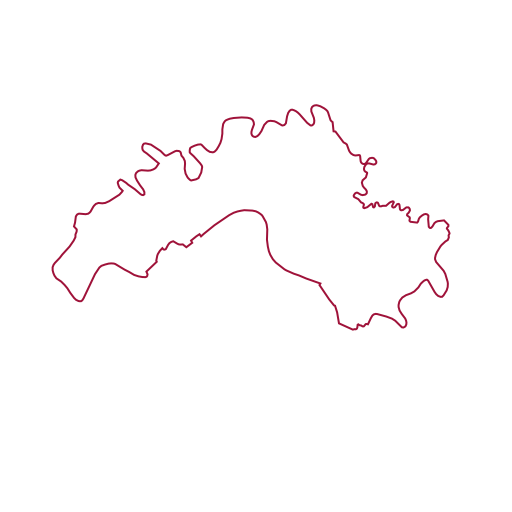 Kim Thanh, Hải Dương, Vietnam, rotated 316°
{"feature_id": "81297802B3696641207460", "entity_name": "Kim Thanh", "entity_type": "district", "adm_level": 2, "iso_a3": "VNM", "parent_name": "Vietnam", "parent_adm1": "Hải Dương", "projection": "albers", "projection_center": [106.496, 20.927], "detail": "fine", "context": "isolated", "style": "outline", "palette": "rose", "viewbox_px": 512, "rotation_deg": 316, "n_neighbors": 0, "source": "geoboundaries", "source_scale": "gbopen_adm2", "svg_char_len": 6148}
<svg xmlns="http://www.w3.org/2000/svg" viewBox="0 0 512 512"><g transform="rotate(316 256 256)"><path d="M404.1,212.9L403.9,211.5L404.0,210.0L407.6,202.7L408.0,201.3L408.0,199.6L407.6,197.1L406.3,193.0L405.1,190.8L404.3,189.6L402.9,188.5L401.6,187.9L399.7,187.8L397.9,188.6L396.2,190.5L393.6,196.8L392.1,199.0L390.4,200.5L389.4,201.0L387.5,201.1L386.6,200.7L385.9,199.9L385.3,195.7L385.8,184.3L385.7,181.8L385.3,179.5L384.6,177.6L383.7,175.9L382.8,175.2L381.1,174.9L378.6,175.4L375.4,177.1L369.7,181.3L367.4,181.5L365.8,180.6L365.4,180.0L363.7,173.9L362.8,171.8L360.3,168.8L358.6,167.6L357.1,167.2L353.0,167.4L346.7,169.9L342.8,170.7L340.4,170.7L338.3,170.0L337.4,168.9L336.9,167.4L337.1,166.1L337.7,164.8L338.9,163.6L340.6,162.5L346.0,159.9L347.3,158.1L348.0,156.2L348.0,154.8L347.5,153.1L346.0,150.7L342.0,146.4L335.9,141.3L332.6,139.1L330.6,138.2L328.7,137.5L327.4,137.4L325.8,137.7L324.0,138.3L319.8,141.5L316.8,144.6L312.4,148.0L308.9,149.9L305.4,151.1L301.6,152.1L299.4,152.2L298.4,152.1L297.0,151.5L295.1,149.0L294.3,145.8L294.1,142.6L294.1,138.4L293.8,137.3L291.6,135.5L288.5,134.0L285.1,132.8L283.5,132.7L281.9,133.8L280.4,135.3L280.2,136.3L280.5,141.0L280.2,150.5L279.8,153.3L279.1,154.6L274.6,157.9L268.8,160.0L266.1,159.2L261.8,156.6L261.4,155.4L261.3,152.8L261.5,151.5L262.6,147.8L265.2,143.8L269.1,140.3L270.8,138.2L271.9,135.0L272.1,132.0L273.7,129.3L273.9,128.4L273.5,127.0L272.0,125.2L270.5,124.4L262.6,122.1L261.0,121.4L260.6,120.6L260.4,119.3L260.3,114.1L257.8,102.9L254.9,98.4L253.5,97.4L252.1,97.4L250.0,98.5L248.8,99.9L248.2,100.9L248.1,101.8L248.0,103.0L248.7,106.4L250.4,121.9L245.6,122.9L243.9,122.8L242.1,122.3L239.5,121.1L237.5,119.5L233.3,114.8L231.6,113.7L230.1,113.1L227.6,113.0L226.7,113.3L225.5,113.9L223.9,115.8L222.8,119.1L221.7,124.6L221.1,129.7L220.1,132.5L218.5,134.1L217.1,133.8L216.4,132.9L215.9,131.4L215.2,123.7L213.6,115.9L213.4,113.2L212.4,108.6L211.5,106.8L208.5,106.6L207.4,107.3L207.0,108.0L206.0,110.0L205.3,112.0L205.4,116.5L204.0,116.8L200.3,117.0L188.5,114.6L184.4,113.1L182.0,111.3L179.5,108.4L177.0,107.3L174.5,107.3L172.9,107.6L167.9,109.1L166.3,109.2L164.7,109.0L162.5,107.6L158.6,103.1L157.6,102.3L156.0,101.9L153.9,102.4L149.0,106.3L145.6,108.3L145.5,112.3L145.0,112.9L143.8,113.9L141.1,115.1L139.2,117.0L135.5,118.3L128.5,119.7L117.6,120.4L113.7,121.0L106.5,121.3L104.3,121.7L101.9,122.8L99.8,125.0L98.4,127.5L97.4,130.1L96.9,133.4L98.1,139.0L98.2,143.9L97.9,148.1L96.8,153.5L96.0,159.8L96.1,162.5L97.0,165.0L97.6,165.9L98.8,167.0L100.2,167.2L102.4,166.7L127.6,157.2L135.3,155.5L138.0,155.7L141.5,157.3L144.7,159.1L146.8,160.8L148.5,162.7L149.2,164.0L152.0,174.5L153.7,179.5L155.2,185.0L157.4,189.1L159.8,192.4L161.9,194.5L162.9,194.9L163.8,194.8L164.9,194.1L165.3,193.8L166.3,191.1L180.6,191.2L181.0,190.1L185.3,187.1L186.8,186.4L190.4,185.5L194.1,185.3L194.0,186.9L194.3,187.5L194.8,188.0L195.9,188.4L200.6,186.9L202.7,186.6L204.8,187.0L206.7,187.9L208.0,192.7L208.6,194.1L209.6,195.3L211.4,196.8L212.0,201.3L219.3,202.2L220.0,199.8L226.8,200.4L230.5,201.1L230.1,203.7L233.8,203.8L247.5,205.0L265.1,208.0L270.0,209.4L273.6,211.1L276.5,212.9L279.4,214.9L285.0,220.9L286.9,223.7L287.8,226.1L288.4,228.9L288.6,230.9L288.3,232.5L286.7,238.5L285.5,240.8L282.6,244.7L275.2,251.9L271.1,257.4L268.6,261.5L267.1,265.1L265.9,270.0L265.7,274.4L267.2,285.3L267.8,287.4L270.9,295.0L273.4,299.8L276.5,307.1L283.2,320.5L281.5,321.0L278.5,338.1L277.8,345.7L278.3,346.7L275.2,352.9L268.9,362.1L274.5,376.2L276.2,377.2L276.8,378.0L277.7,378.3L278.4,378.2L279.4,377.7L281.3,376.1L282.1,376.2L282.4,377.7L283.4,379.1L283.7,380.5L284.1,381.1L284.8,381.5L287.6,381.2L288.4,381.8L289.1,382.9L295.4,380.5L298.3,379.7L300.1,379.8L301.8,380.7L302.9,382.0L307.7,390.1L310.3,395.5L311.2,399.3L311.4,408.6L312.3,409.8L313.7,410.3L315.0,410.3L316.6,409.6L318.0,408.4L319.1,406.7L319.9,404.6L320.6,398.8L321.4,395.0L323.1,391.8L324.5,390.3L327.1,388.6L328.7,388.0L332.4,387.5L336.7,388.4L341.5,390.5L345.3,391.5L351.0,391.4L355.3,390.4L358.2,390.4L360.2,390.6L362.2,391.5L362.6,392.0L362.7,393.4L359.5,405.9L359.1,408.6L359.3,411.3L360.4,413.6L361.5,414.6L363.6,414.6L369.2,413.2L372.3,411.5L374.8,409.2L375.9,407.7L379.7,400.4L380.7,397.0L381.4,385.5L382.5,382.8L383.4,381.8L386.0,380.1L388.9,378.9L395.4,377.2L397.2,377.0L402.3,377.1L405.1,377.7L407.6,376.6L408.9,374.9L410.8,374.3L411.3,373.5L412.1,371.1L412.3,368.9L412.8,368.5L415.1,368.2L416.0,367.3L416.0,361.0L410.9,357.2L409.2,356.5L407.2,356.3L403.5,357.3L401.7,357.4L401.1,357.2L400.5,356.4L400.6,355.0L405.3,349.2L407.9,346.9L408.1,346.4L408.1,345.2L407.3,343.7L405.7,342.7L403.5,342.2L400.7,342.0L399.0,342.4L396.4,343.8L395.1,343.9L390.9,338.7L390.8,337.6L391.1,337.0L392.7,335.9L393.4,335.0L392.9,332.0L393.0,331.5L393.9,330.9L396.0,330.9L398.3,330.2L399.2,329.1L399.5,327.7L399.4,326.9L398.2,325.7L397.5,325.4L393.7,325.0L392.2,324.0L391.9,323.3L392.1,322.3L394.7,318.9L394.9,317.8L394.6,317.4L393.5,316.8L389.9,317.3L388.6,316.7L388.3,316.2L388.2,315.1L388.7,314.5L392.4,313.1L392.7,312.4L392.4,311.7L390.4,310.7L388.8,310.4L384.4,310.2L382.0,307.9L380.4,307.1L379.6,306.2L379.5,305.3L380.6,302.6L380.6,302.1L380.1,301.3L379.2,301.0L378.4,301.0L375.9,302.9L374.5,302.9L374.2,302.3L374.4,301.8L375.7,299.5L375.3,298.6L370.0,298.2L367.2,296.9L366.8,296.1L367.1,295.3L368.7,294.4L369.5,293.8L369.6,293.3L369.5,292.0L368.8,290.4L369.1,286.2L367.6,281.8L367.9,280.8L368.4,280.3L370.6,279.8L371.9,280.1L372.6,280.5L373.0,281.1L374.0,284.7L374.9,286.2L377.0,287.6L377.7,287.8L379.1,287.8L380.3,286.9L380.9,285.8L381.2,284.2L381.2,281.7L381.5,279.7L383.1,276.8L385.3,275.6L389.6,275.8L393.4,273.7L393.8,273.2L393.2,271.1L393.3,269.8L394.1,268.4L395.8,267.2L398.2,266.6L399.4,266.6L400.7,267.0L401.9,268.3L404.0,271.8L405.2,272.6L406.6,272.7L407.3,272.5L408.3,271.4L408.6,270.3L408.7,267.7L408.3,266.7L407.3,265.7L405.7,264.7L404.5,264.6L400.0,265.5L398.4,265.4L397.8,265.1L397.0,264.2L396.6,263.0L396.6,261.7L397.2,260.4L400.3,256.5L400.6,255.7L400.3,255.0L397.5,252.9L396.8,252.0L396.2,251.0L395.6,248.5L395.7,246.7L396.1,244.9L398.8,238.9L398.6,237.3L397.9,235.1L399.6,221.7L398.4,220.2L404.1,212.9Z" fill="none" stroke="#9f1239" stroke-width="2"/></g></svg>